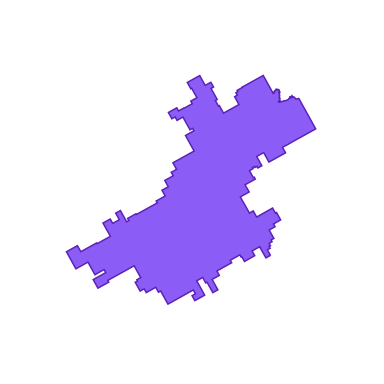 Yalgoo, Western Australia, Australia (Natural Earth projection), rotated 241°
{"feature_id": "25037944B40013954886351", "entity_name": "Yalgoo", "entity_type": "district", "adm_level": 2, "iso_a3": "AUS", "parent_name": "Australia", "parent_adm1": "Western Australia", "projection": "natural_earth1", "projection_center": [117.321, -28.488], "detail": "fine", "context": "isolated", "style": "filled", "palette": "violet", "viewbox_px": 384, "rotation_deg": 241, "n_neighbors": 0, "source": "geoboundaries", "source_scale": "gbopen_adm2", "svg_char_len": 5642}
<svg xmlns="http://www.w3.org/2000/svg" viewBox="0 0 384 384"><g transform="rotate(241 192 192)"><path d="M200.6,62.8L200.6,53.2L181.1,53.2L181.1,67.0L166.7,67.0L166.8,77.5L163.3,77.5L163.3,63.1L153.5,63.1L153.5,75.5L155.5,75.5L155.5,77.2L155.5,77.6L155.5,80.8L155.5,101.2L155.5,105.6L155.1,105.6L147.1,105.6L142.0,105.6L142.0,101.2L140.6,101.2L140.6,98.6L135.4,98.6L130.5,98.6L130.5,103.2L126.2,103.2L126.2,105.9L126.2,114.1L120.6,114.1L120.6,116.6L105.6,116.6L105.6,126.1L105.7,145.6L101.3,145.6L101.3,141.8L95.6,141.8L95.6,146.4L95.6,153.1L112.0,153.1L112.0,159.9L105.8,159.9L105.8,161.4L93.9,161.4L93.9,167.2L105.8,167.2L105.8,175.5L110.8,175.5L110.9,182.4L110.9,184.1L110.9,192.4L113.8,192.4L113.8,203.4L111.2,203.4L111.2,204.2L105.8,204.2L105.9,216.0L111.3,216.0L111.3,224.6L110.5,224.6L110.5,224.9L110.0,224.9L110.0,224.6L99.7,224.7L98.5,224.7L98.5,228.8L98.8,228.8L98.9,229.9L102.0,229.9L104.9,229.9L104.9,233.1L106.9,232.9L106.9,234.6L109.7,234.6L109.7,236.0L109.7,237.9L111.7,237.9L111.7,239.4L111.7,241.1L121.3,241.1L121.4,247.8L124.5,247.8L124.6,256.0L125.6,256.0L128.3,256.0L130.9,256.0L133.1,256.0L133.1,254.7L138.9,254.7L138.8,240.9L138.8,236.4L139.2,236.4L145.8,236.4L145.8,232.3L145.7,232.0L145.8,232.0L150.6,232.0L152.8,232.0L154.1,232.0L159.7,231.9L164.3,231.9L164.3,240.1L164.3,242.0L172.6,241.9L172.6,242.3L172.6,244.1L172.6,244.5L172.6,245.8L172.6,246.2L172.6,246.7L172.6,253.6L174.8,253.6L174.8,252.6L178.5,252.6L180.0,252.6L182.8,252.6L182.8,254.8L182.8,255.2L182.9,256.1L182.9,256.7L184.0,256.7L184.0,259.0L182.9,259.0L182.9,261.2L181.1,261.2L181.1,265.8L187.0,265.8L191.3,265.8L191.7,265.8L191.7,273.8L189.9,273.8L180.9,273.8L180.9,292.8L187.2,292.8L187.2,294.7L187.1,299.0L187.2,304.1L187.2,307.3L187.2,318.7L187.2,322.7L187.2,325.0L187.2,327.8L187.2,330.8L189.1,330.8L190.4,330.8L191.3,330.8L193.1,330.8L195.3,330.8L196.2,330.8L196.7,330.8L198.4,330.8L199.3,330.8L200.2,330.8L202.0,330.8L204.2,330.8L204.7,330.8L205.1,330.8L206.0,330.8L206.5,330.8L206.9,330.8L208.7,330.8L209.6,330.8L211.3,330.8L213.1,330.8L214.0,330.8L215.8,330.8L216.6,330.8L222.0,330.8L222.1,330.6L222.2,330.4L222.2,330.2L222.2,329.9L222.3,329.8L222.3,329.7L222.4,329.3L222.4,329.2L222.4,328.8L222.5,328.6L222.7,328.2L222.9,328.0L223.2,327.8L223.5,327.7L223.7,327.9L224.1,327.6L224.5,327.6L224.8,327.5L224.9,327.4L225.2,327.4L225.3,327.3L225.6,327.3L225.7,327.1L226.0,326.9L226.0,326.6L226.3,326.5L226.3,326.3L226.3,326.2L226.6,326.0L227.0,326.0L227.3,326.1L227.8,326.1L227.6,325.7L227.5,325.8L227.4,325.9L227.1,325.9L226.6,325.7L226.8,325.1L226.8,324.8L226.6,324.6L226.5,324.8L226.4,325.2L226.3,325.3L226.2,325.1L226.3,324.7L226.4,324.3L226.3,324.0L226.7,323.8L226.8,324.1L227.3,324.3L227.7,324.3L227.9,324.0L227.8,323.7L227.1,323.2L226.8,322.3L226.8,322.0L226.3,321.6L226.3,321.1L226.3,320.8L226.2,320.5L226.3,320.2L226.3,319.6L226.4,319.3L226.4,318.8L226.5,318.5L226.4,318.2L226.6,318.0L226.7,317.8L226.7,317.6L226.8,317.4L226.9,317.2L227.0,317.1L227.1,316.8L227.2,316.5L227.1,316.3L227.2,316.0L227.2,315.8L227.2,315.6L227.3,315.4L227.5,314.8L227.7,314.5L227.7,314.2L227.7,313.9L227.8,313.6L227.7,313.5L227.7,313.3L227.8,313.2L228.0,313.1L228.5,313.4L228.9,313.3L228.9,313.1L229.0,312.9L228.5,312.7L228.1,312.2L228.2,311.7L228.5,311.4L228.8,311.3L229.1,311.4L229.2,311.5L229.2,311.9L229.2,312.1L229.5,312.4L229.9,313.2L230.4,313.7L230.8,314.2L231.3,314.3L231.4,314.0L231.6,313.8L232.1,313.9L232.1,314.0L232.3,314.3L232.5,314.5L232.8,314.6L233.2,314.8L233.5,315.0L233.4,315.1L233.5,315.3L233.9,315.2L234.1,315.3L234.3,315.5L234.8,315.8L235.1,315.9L235.2,316.0L235.5,316.0L235.8,315.9L236.0,316.0L236.8,316.1L236.8,316.4L236.9,316.6L237.1,316.8L236.9,316.9L236.6,316.9L236.5,317.1L236.8,317.2L237.0,317.3L237.7,317.4L238.1,317.4L238.5,317.5L238.5,317.3L238.4,317.2L238.9,317.0L239.3,317.1L239.1,317.3L239.2,317.5L239.5,317.5L239.7,317.2L240.1,316.7L239.8,316.6L239.9,316.4L240.2,316.3L240.3,316.2L240.5,316.1L240.6,315.9L240.8,316.0L241.0,315.7L241.1,315.3L240.8,315.3L240.6,315.1L240.4,315.2L240.2,315.0L240.2,314.5L240.1,313.4L239.8,312.8L240.2,313.0L240.1,312.7L239.9,312.3L239.6,312.1L239.4,311.9L239.2,312.3L238.9,312.2L238.8,311.8L239.1,311.6L239.0,311.2L238.9,311.2L238.8,310.8L240.1,310.8L241.5,310.8L242.8,310.8L244.1,310.8L245.5,310.8L246.8,310.8L247.7,310.8L249.0,310.8L250.4,310.8L251.7,310.8L253.0,310.8L254.4,310.8L255.2,310.8L256.6,310.8L257.9,310.8L259.4,310.8L259.4,286.5L259.0,286.5L259.0,285.4L259.0,283.9L259.0,283.1L259.0,281.6L259.0,280.8L259.0,280.7L257.5,280.7L257.5,278.5L254.7,278.5L254.7,275.5L245.7,275.4L245.7,270.4L245.7,267.8L245.7,265.5L245.7,263.2L245.7,257.8L247.9,257.8L249.8,257.8L252.0,257.8L254.3,257.8L254.3,256.8L256.2,256.8L258.2,256.8L258.4,256.8L260.7,256.8L260.7,258.9L264.0,258.9L266.9,258.9L270.5,258.9L273.4,258.9L273.3,261.7L276.0,261.7L278.8,261.7L278.9,255.2L282.5,255.2L286.1,255.2L288.4,255.2L290.1,255.2L290.1,246.8L290.1,241.0L282.8,241.0L282.8,242.0L277.4,242.0L276.2,242.0L272.1,242.0L272.1,239.1L272.1,235.0L269.1,235.0L269.1,225.6L269.4,225.6L269.4,219.5L273.0,219.5L273.0,209.9L265.8,209.9L265.8,213.6L261.9,213.6L261.9,220.4L260.4,220.4L258.2,220.4L255.9,220.4L253.7,220.4L251.8,220.4L247.3,220.4L247.3,223.4L244.6,223.4L244.6,213.7L226.8,213.7L226.8,189.5L219.3,189.5L219.3,183.4L215.3,183.4L215.3,173.8L208.1,173.8L208.1,166.6L204.6,166.6L201.5,166.6L201.5,158.1L201.5,156.3L199.3,156.3L199.3,132.5L200.1,132.5L200.1,122.9L197.6,122.9L197.6,120.4L210.5,120.4L210.5,115.0L203.0,115.0L203.0,107.4L208.0,107.4L208.0,99.1L202.7,99.1L199.2,99.1L192.8,99.1L192.8,90.2L192.8,83.9L193.7,83.9L193.7,65.8L200.6,65.8L200.6,62.8Z" fill="#8b5cf6" stroke="#5b21b6" stroke-width="1.5"/></g></svg>